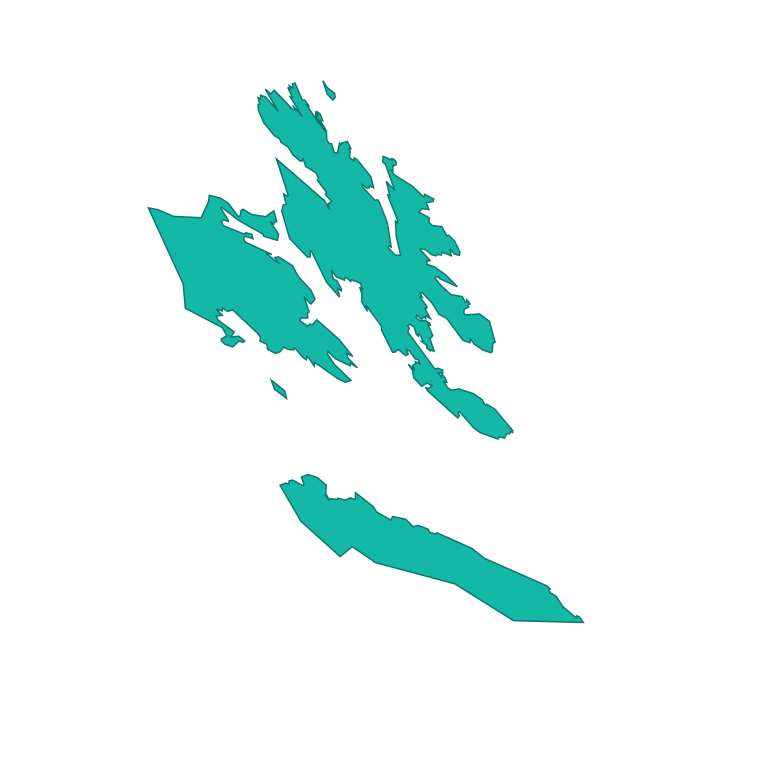 outline of Nordkapp nor, Finnmark, Norway, rotated 55°
{"feature_id": "86288312B7407058385806", "entity_name": "Nordkapp nor", "entity_type": "district", "adm_level": 2, "iso_a3": "NOR", "parent_name": "Norway", "parent_adm1": "Finnmark", "projection": "robinson", "projection_center": [25.725, 70.921], "detail": "fine", "context": "isolated", "style": "filled", "palette": "teal", "viewbox_px": 768, "rotation_deg": 55, "n_neighbors": 0, "source": "geoboundaries", "source_scale": "gbopen_adm2", "svg_char_len": 6155}
<svg xmlns="http://www.w3.org/2000/svg" viewBox="0 0 768 768"><g transform="rotate(55 384 384)"><path d="M261.1,237.2L251.9,241.9L253.6,243.9L252.3,244.5L238.2,247.3L217.9,255.8L213.2,255.6L214.8,254.7L210.5,251.8L211.3,248.2L208.8,246.6L205.5,247.0L203.8,248.4L205.0,249.1L197.0,254.1L201.4,257.6L205.0,256.8L231.6,264.2L219.3,265.9L232.8,271.1L231.3,272.5L233.8,273.3L257.4,278.8L259.9,280.3L257.0,281.1L270.1,289.2L288.0,296.5L284.9,301.0L274.3,302.3L273.9,300.5L276.0,299.6L253.5,288.7L231.9,283.4L229.5,283.5L228.4,286.1L209.7,288.7L208.0,287.4L213.5,285.9L214.9,283.4L213.4,281.8L217.5,280.0L206.7,275.9L184.8,277.3L181.7,278.8L183.9,280.6L178.6,282.4L173.8,278.0L171.3,277.9L172.2,276.2L164.3,274.8L162.3,280.4L163.3,282.1L161.1,282.2L168.2,289.7L165.9,292.0L157.1,289.1L155.5,291.0L150.8,290.7L145.4,287.1L132.5,287.5L131.9,286.9L130.7,286.8L130.4,286.5L144.8,286.1L133.1,285.2L131.9,284.1L133.1,283.1L125.9,281.5L123.1,282.4L125.8,283.5L121.3,283.8L126.6,284.5L122.9,285.2L128.0,286.4L124.8,286.3L127.3,287.3L128.9,286.1L130.2,286.1L129.7,286.6L131.2,288.0L109.7,287.2L114.1,286.0L105.8,286.1L104.6,288.1L86.5,284.3L85.7,286.5L89.3,289.2L85.4,290.6L89.6,292.0L85.8,292.7L96.8,294.7L94.9,296.1L118.4,297.5L103.6,299.1L108.5,299.3L106.8,301.3L80.4,305.4L81.4,310.5L74.3,312.1L99.9,314.4L80.9,316.3L76.7,319.5L79.9,321.6L77.2,323.0L83.6,325.3L82.7,326.7L87.6,329.8L101.2,332.6L118.0,331.3L123.2,328.8L127.0,329.8L134.7,326.7L143.8,327.2L153.5,324.7L154.6,322.1L152.2,320.7L160.9,323.4L171.9,318.6L177.9,319.7L179.1,321.8L194.3,321.1L195.1,323.4L204.4,322.0L204.4,326.6L210.1,328.6L197.7,327.5L198.8,327.9L138.0,343.0L173.9,354.0L175.0,355.4L170.8,357.2L180.7,361.1L179.5,363.7L183.5,368.5L210.5,377.8L236.0,374.0L237.6,371.8L232.7,368.0L234.2,367.3L267.8,372.7L287.3,370.5L278.7,367.1L283.1,365.7L281.7,364.4L272.1,363.4L269.0,365.5L260.4,361.8L269.1,361.4L276.3,356.8L274.4,354.9L275.1,353.8L280.9,352.5L280.0,350.8L287.8,345.5L295.2,347.5L290.6,348.3L298.0,350.7L303.8,355.2L315.0,356.0L309.1,353.5L335.4,352.9L338.4,355.1L362.9,358.8L364.3,356.3L363.6,352.6L373.2,349.9L373.3,346.9L368.4,346.0L371.9,344.1L381.4,344.1L383.8,342.0L387.8,343.1L383.7,345.5L385.6,346.5L385.1,350.0L390.3,351.1L381.7,352.7L389.4,352.9L396.0,356.1L407.6,354.4L407.7,348.4L413.0,345.7L413.3,349.9L411.1,351.9L414.2,352.3L454.0,343.1L453.3,340.7L449.6,339.6L450.2,338.0L471.2,335.7L479.2,333.0L494.5,322.2L493.3,320.1L497.5,316.2L495.1,312.2L496.8,309.5L495.7,307.3L497.5,306.4L496.0,305.3L468.0,307.7L459.5,311.5L459.2,313.5L453.3,312.6L443.7,316.0L431.0,325.4L427.7,332.4L423.3,334.1L416.7,333.6L418.6,331.6L414.2,330.4L409.1,331.1L410.9,333.1L405.9,333.4L408.9,329.6L406.2,328.0L401.7,331.1L400.9,333.8L355.0,334.7L352.7,331.1L349.8,331.4L349.8,328.7L354.6,326.6L361.8,329.0L364.6,328.4L362.4,326.9L364.1,326.2L371.3,327.4L370.3,329.0L377.5,326.6L378.8,328.4L384.0,327.0L382.5,326.7L386.0,324.1L373.3,320.4L372.4,316.3L361.0,314.0L360.0,313.2L362.9,312.5L360.3,311.8L355.4,313.9L353.2,318.0L347.9,319.6L346.4,317.5L352.6,316.1L351.9,312.8L354.2,312.2L352.3,310.5L356.9,308.5L345.5,307.1L346.5,305.4L344.4,304.4L334.3,304.7L333.1,303.8L334.8,302.9L330.3,302.1L331.1,300.2L345.9,298.2L358.5,299.0L366.1,295.0L393.6,294.2L399.5,289.9L396.6,287.3L403.2,287.2L413.0,283.4L419.8,278.5L419.4,276.7L413.2,271.6L413.5,269.0L393.2,261.7L381.4,265.5L374.1,277.8L371.5,277.9L368.6,275.2L369.6,270.6L367.6,270.3L367.7,267.6L364.9,267.5L362.4,267.9L364.6,269.3L363.4,270.4L357.2,269.8L349.2,277.9L335.7,280.9L326.6,281.4L325.9,279.5L328.3,278.0L326.5,277.6L329.8,277.9L346.3,268.1L329.8,270.9L317.0,275.5L310.7,280.2L307.8,278.5L309.3,275.4L295.1,277.2L293.9,276.5L298.2,272.7L305.0,271.1L308.8,268.0L308.6,265.7L311.3,263.0L309.3,260.8L317.5,255.4L310.8,252.3L317.7,251.9L321.8,248.6L319.4,246.0L307.5,244.2L299.2,245.7L298.6,247.6L288.2,246.4L282.3,253.3L277.6,254.6L273.7,251.6L263.1,257.0L262.3,252.0L266.8,247.2L259.6,245.4L262.7,239.2L261.1,237.2ZM208.0,503.3L245.0,484.1L254.3,485.0L253.9,491.5L255.2,492.5L260.1,491.5L266.8,486.8L265.6,478.2L269.0,475.6L269.0,473.4L261.6,475.5L257.5,482.7L255.5,476.8L236.2,483.3L232.2,482.5L234.9,477.0L226.3,478.6L231.3,474.7L229.1,472.8L234.9,470.5L236.4,465.4L270.8,458.3L275.2,458.6L277.7,461.0L284.1,457.3L289.0,459.4L296.8,455.3L298.0,450.7L296.2,445.0L300.8,442.7L304.3,438.2L302.7,437.6L304.1,436.2L316.3,435.1L319.6,433.7L317.2,431.3L319.1,430.8L329.2,430.8L326.5,428.3L352.7,418.9L360.3,414.7L362.2,409.0L339.7,413.4L327.1,413.1L325.2,411.1L335.4,409.4L349.7,401.2L347.8,399.4L355.4,396.5L341.9,398.7L337.2,397.1L343.5,393.8L321.9,395.2L292.9,402.2L294.3,408.7L292.1,410.7L293.3,413.1L284.3,416.5L282.1,414.7L286.2,408.5L281.9,406.1L282.1,404.0L266.9,399.5L276.6,398.1L274.9,391.8L265.4,390.1L246.9,392.6L234.5,391.1L219.2,397.5L217.9,401.0L224.6,400.6L223.2,401.7L209.0,405.7L213.6,401.5L188.3,416.2L184.6,415.8L183.0,413.2L189.8,408.0L185.6,406.4L180.8,410.4L181.0,412.6L162.2,424.8L157.3,424.1L157.9,421.1L161.6,418.3L160.6,417.6L146.5,417.0L145.8,415.7L166.6,409.2L191.9,397.1L194.1,397.7L205.2,388.9L200.8,384.4L185.8,384.2L190.0,382.7L188.7,381.2L189.4,378.7L179.0,374.9L179.0,385.0L169.7,394.8L159.9,399.3L159.7,401.3L163.8,405.4L163.4,407.3L146.3,407.9L137.7,411.5L129.3,418.9L134.0,423.2L143.0,438.4L126.0,460.2L111.7,469.1L104.5,476.0L186.9,491.1L208.0,503.3ZM693.7,357.5L687.0,357.5L684.4,359.1L685.4,360.9L668.9,365.2L656.4,364.8L650.5,367.5L647.6,367.3L647.3,365.4L642.8,366.4L584.3,401.8L569.3,406.2L544.4,421.1L536.2,426.1L536.5,427.6L531.9,431.7L528.0,431.3L519.3,437.2L517.7,442.0L507.2,443.8L497.5,453.0L499.3,456.6L484.4,463.5L478.4,463.1L456.7,469.7L462.3,473.8L458.0,476.8L456.9,482.3L451.0,487.5L451.9,488.4L446.4,494.6L447.5,495.8L442.4,495.9L443.9,494.9L440.6,494.7L433.6,489.3L422.0,492.5L414.7,498.0L412.8,505.0L419.9,507.0L420.7,508.8L410.3,513.9L409.0,517.2L411.3,519.2L408.7,521.6L407.3,527.2L448.8,530.8L500.2,518.9L499.1,503.3L525.8,493.2L588.3,440.6L652.1,413.7L693.7,357.5ZM339.8,472.1L332.7,469.3L316.4,474.1L325.5,476.7L339.8,472.1ZM117.7,258.3L118.5,257.5L108.0,260.6L100.4,260.2L114.1,264.3L122.1,263.0L120.9,259.2L117.7,258.3Z" fill="#14b8a6" stroke="#0f766e" stroke-width="1.5"/></g></svg>